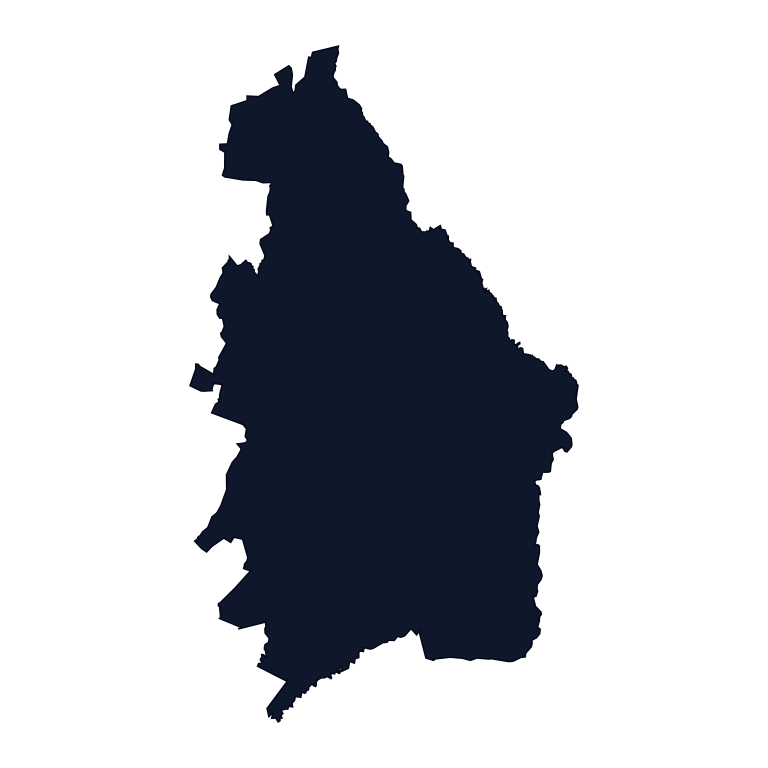 Cuauhtémoc, Colima, Mexico (Natural Earth projection)
{"feature_id": "50627088B85781169785703", "entity_name": "Cuauhtémoc", "entity_type": "district", "adm_level": 2, "iso_a3": "MEX", "parent_name": "Mexico", "parent_adm1": "Colima", "projection": "natural_earth1", "projection_center": [-103.581, 19.339], "detail": "fine", "context": "isolated", "style": "filled", "palette": "ink", "viewbox_px": 768, "rotation_deg": 0, "n_neighbors": 0, "source": "geoboundaries", "source_scale": "gbopen_adm2", "svg_char_len": 6099}
<svg xmlns="http://www.w3.org/2000/svg" viewBox="0 0 768 768"><path d="M525.3,656.9L525.7,653.2L531.3,646.8L532.1,643.4L531.9,640.2L536.6,637.7L539.7,633.7L540.2,629.3L537.6,627.1L539.3,621.0L539.5,616.9L541.4,614.2L540.9,612.0L535.5,606.3L533.4,598.2L534.0,596.4L535.9,596.3L537.6,591.3L536.9,588.1L537.4,584.4L541.0,579.5L542.1,575.8L540.8,570.6L537.1,564.6L539.4,552.6L539.4,546.3L538.5,545.0L535.3,544.7L536.3,537.7L538.7,532.1L537.0,526.2L539.2,516.2L538.1,512.5L539.6,504.6L538.7,500.2L538.8,494.3L540.4,494.6L540.4,493.8L539.4,488.1L538.4,486.2L535.3,484.7L534.7,481.6L535.8,480.1L540.8,479.3L542.5,472.2L548.8,472.1L550.3,471.3L551.2,463.2L553.2,459.5L552.0,453.6L553.6,451.6L561.6,447.5L562.7,447.6L564.9,451.3L567.0,451.9L571.4,446.7L571.9,444.0L571.1,438.1L566.5,432.4L560.3,428.8L560.4,426.3L560.9,424.0L563.0,422.4L563.5,420.6L569.6,418.3L571.5,416.4L571.9,414.3L577.2,409.1L577.7,406.8L576.1,399.1L578.0,385.5L576.8,384.1L575.8,380.3L573.9,379.4L573.1,377.8L571.7,378.2L571.2,374.4L569.0,373.3L567.8,371.1L566.0,371.2L567.5,368.4L566.3,366.2L564.1,366.9L560.8,365.0L558.2,365.4L556.8,364.8L555.4,368.8L554.0,370.5L552.7,371.1L549.0,369.8L543.1,361.7L540.7,361.4L538.7,359.0L536.5,358.8L535.5,359.7L534.9,357.4L532.7,356.7L532.4,355.4L530.8,355.7L530.3,354.9L523.4,353.8L522.6,348.6L521.2,347.8L518.2,348.6L516.8,347.9L518.2,344.7L519.9,343.8L519.6,342.4L515.2,345.0L514.0,344.0L514.2,340.2L511.9,339.8L511.2,341.0L509.9,340.7L509.4,338.5L507.6,336.9L507.7,332.3L506.9,330.8L507.9,326.8L507.7,324.0L507.0,322.0L505.0,319.7L505.5,315.9L502.5,315.4L502.0,309.7L501.1,309.1L501.4,307.1L499.6,306.7L499.5,305.5L498.3,305.0L498.2,303.4L496.6,302.1L495.9,298.2L493.6,297.9L493.6,296.8L492.6,296.5L492.9,295.6L491.4,295.1L491.7,294.1L489.1,292.2L488.9,290.3L485.3,291.4L486.3,289.0L485.4,289.5L484.6,288.4L483.1,288.5L481.8,283.2L482.5,279.4L481.3,278.5L479.4,271.7L477.6,270.8L476.3,271.4L475.5,269.9L475.6,268.1L471.4,266.6L470.3,262.3L470.5,259.4L468.6,259.8L467.9,258.1L465.8,257.5L463.8,254.1L461.1,253.3L460.7,250.6L458.0,248.7L453.9,247.7L453.0,246.3L453.1,243.1L450.2,242.8L448.3,240.3L448.3,236.1L446.5,234.7L445.3,230.2L439.9,228.8L441.0,227.2L440.2,225.6L433.4,229.7L430.3,227.4L429.3,231.3L426.9,231.0L425.7,232.1L421.4,231.8L419.6,228.3L417.3,227.8L416.2,224.5L411.0,219.9L410.6,212.3L407.0,211.1L405.6,209.6L405.9,205.5L408.7,200.9L405.5,193.4L404.1,192.5L403.9,189.3L402.6,187.6L403.7,176.1L402.9,174.8L402.2,166.1L400.9,164.4L394.0,162.9L391.2,159.0L388.1,157.0L388.7,152.2L387.4,146.9L383.1,143.5L382.0,140.9L378.2,136.7L377.9,134.1L375.3,132.0L372.7,126.8L370.3,125.1L370.1,123.8L368.0,123.2L367.5,121.2L365.5,121.3L364.3,117.6L362.7,115.7L362.3,112.7L361.2,111.2L361.5,108.6L359.3,104.9L353.2,100.0L347.5,98.3L345.6,89.3L341.0,89.5L339.5,88.5L337.2,85.4L336.9,82.2L332.9,77.3L333.6,73.2L335.3,70.0L335.2,67.2L336.0,66.3L334.6,63.3L336.2,61.2L336.7,57.5L338.5,53.3L337.8,49.2L338.5,46.1L312.6,52.3L311.3,57.6L308.7,57.1L304.9,77.1L295.9,85.0L295.1,91.1L293.1,93.3L291.1,86.7L292.4,74.8L291.2,68.2L288.8,65.8L274.7,74.6L280.2,85.4L272.5,88.1L258.5,96.6L247.1,96.0L247.1,100.7L231.3,105.9L229.3,119.7L232.3,124.8L229.3,133.2L227.4,143.9L219.9,144.3L219.9,149.4L224.9,152.2L224.7,168.1L222.5,175.2L224.7,176.9L242.9,179.9L255.9,180.3L262.9,182.7L271.5,182.5L271.0,185.0L269.9,185.5L270.4,188.2L270.0,192.1L268.1,196.1L266.5,211.4L266.8,214.9L269.3,214.7L269.9,215.9L273.1,226.1L270.2,227.8L270.8,230.0L269.5,233.7L260.6,239.5L260.1,243.8L265.0,255.5L263.8,260.2L262.1,260.3L261.9,263.1L260.2,263.5L260.0,265.7L258.2,269.0L258.7,270.7L258.0,276.3L254.0,271.9L254.2,269.7L252.6,268.7L252.9,266.8L251.1,265.1L251.1,263.9L249.5,262.8L247.7,262.8L245.8,260.3L240.9,264.8L237.1,265.9L229.4,256.4L229.4,259.3L228.1,260.9L228.4,261.6L222.4,267.9L223.2,272.8L220.1,278.0L216.3,287.3L211.0,294.4L210.8,297.2L212.5,300.6L219.9,303.7L217.1,309.6L217.3,314.4L219.8,318.1L222.6,318.2L224.3,326.5L222.0,332.2L220.7,333.2L221.5,336.7L226.6,343.2L218.7,357.7L219.3,359.8L216.4,366.6L214.2,368.5L213.7,374.4L200.3,366.7L198.0,364.3L195.8,364.0L195.7,369.2L190.0,385.7L201.1,391.0L204.7,391.1L212.3,390.6L211.8,389.6L213.0,385.1L214.6,383.5L222.2,384.6L219.9,393.8L219.6,396.8L220.5,397.7L218.2,399.3L219.1,401.9L215.5,404.2L211.6,412.8L243.2,424.6L246.5,428.9L245.2,436.3L247.3,439.8L246.8,441.6L244.8,443.0L237.1,444.0L240.8,448.0L241.0,449.9L237.1,457.0L232.4,462.2L226.5,474.8L226.7,489.6L220.8,505.8L216.9,512.9L212.0,516.8L207.8,527.6L202.6,531.8L200.3,535.4L197.9,537.2L197.5,538.9L194.6,541.1L201.8,548.7L206.6,552.0L212.0,546.3L223.8,538.1L230.7,542.4L233.9,537.2L242.6,539.2L247.8,557.6L246.9,561.2L244.7,563.7L243.7,568.6L250.5,570.9L234.9,588.2L219.7,603.2L218.5,603.5L218.3,605.7L219.5,606.3L220.6,617.0L219.5,618.5L240.9,627.3L238.3,629.0L265.4,622.1L266.0,626.2L264.9,628.7L265.1,633.0L269.2,638.3L268.4,642.6L265.1,644.5L264.5,647.1L264.4,649.3L265.4,650.5L266.3,655.8L265.6,656.9L263.7,654.8L261.6,654.5L262.1,657.4L260.7,658.5L260.4,660.2L261.9,661.9L261.9,663.1L258.6,663.6L257.5,666.2L287.2,681.4L267.0,708.5L268.9,716.6L272.0,713.5L272.8,713.9L271.6,718.3L275.8,718.0L278.1,721.9L280.0,720.7L280.0,718.0L281.9,718.1L281.1,715.3L282.9,713.5L281.1,710.3L286.0,708.9L287.7,709.2L288.9,706.2L292.6,706.9L292.1,703.2L294.6,700.4L294.9,697.8L295.9,696.6L300.8,697.3L301.8,692.0L304.7,693.3L305.9,692.3L306.7,690.2L308.5,689.9L308.7,687.3L311.1,684.7L313.1,684.5L313.5,685.7L315.6,686.5L316.2,685.5L316.3,681.6L318.1,679.6L321.2,677.9L325.1,677.7L326.9,676.3L331.0,678.6L331.6,677.4L330.5,675.7L331.5,673.3L334.6,673.9L335.5,671.6L339.2,673.4L340.2,672.6L338.8,669.4L340.1,667.1L341.3,667.9L340.9,671.0L341.8,671.3L348.4,668.2L349.6,661.5L354.4,663.1L355.1,658.7L358.8,657.6L358.8,652.2L360.3,651.1L363.4,651.5L364.1,647.7L370.1,649.1L372.8,648.5L382.9,642.7L387.1,642.2L388.6,640.2L394.3,640.5L397.3,636.5L401.1,637.2L404.8,635.8L411.0,628.6L416.6,634.9L419.0,631.1L425.9,658.0L433.5,660.4L435.3,658.9L450.1,657.2L462.2,658.2L470.4,660.4L477.0,658.0L489.3,659.1L490.7,658.6L508.8,661.6L513.5,661.1L520.9,657.4L525.3,656.9Z" fill="#0f172a" stroke="#020617" stroke-width="1.5"/></svg>